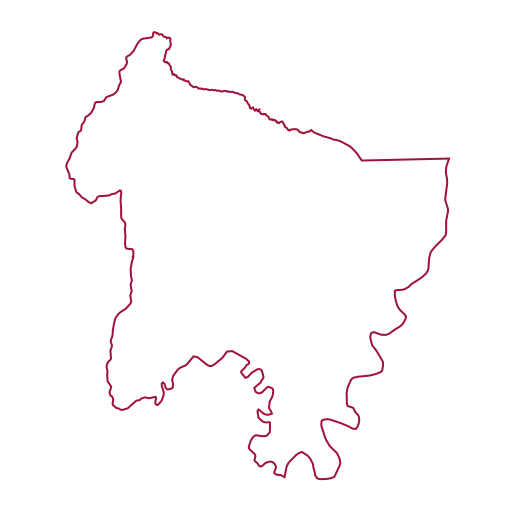 Cartago, Valle del Cauca, Colombia (Natural Earth projection), rotated 181°
{"feature_id": "7082276B65356767722018", "entity_name": "Cartago", "entity_type": "district", "adm_level": 2, "iso_a3": "COL", "parent_name": "Colombia", "parent_adm1": "Valle del Cauca", "projection": "natural_earth1", "projection_center": [-75.902, 4.71], "detail": "fine", "context": "isolated", "style": "outline", "palette": "rose", "viewbox_px": 512, "rotation_deg": 181, "n_neighbors": 0, "source": "geoboundaries", "source_scale": "gbopen_adm2", "svg_char_len": 6056}
<svg xmlns="http://www.w3.org/2000/svg" viewBox="0 0 512 512"><g transform="rotate(181 256 256)"><path d="M437.4,370.5L436.6,368.0L436.4,366.7L437.0,362.4L438.4,360.2L442.2,356.1L444.0,350.4L446.4,346.0L447.3,342.6L446.9,340.9L444.0,334.4L443.8,330.8L442.8,330.0L439.9,329.8L438.8,329.1L438.6,322.7L436.9,317.1L435.7,315.8L434.3,315.1L431.0,311.5L427.3,309.5L424.4,307.1L421.7,305.8L417.3,308.7L415.4,312.3L413.8,313.1L406.7,313.6L403.4,314.2L400.9,315.5L398.1,315.9L393.2,319.2L392.1,318.7L391.8,316.6L392.3,312.2L392.3,307.5L391.7,301.7L391.5,292.7L391.0,290.9L387.7,287.2L387.3,286.0L387.2,283.5L387.6,281.0L386.9,273.3L387.2,265.9L386.7,263.0L385.9,261.4L384.7,261.0L380.1,260.7L378.9,259.4L378.6,257.7L378.7,254.9L379.2,253.0L378.6,252.8L380.0,248.2L381.1,240.5L380.6,233.5L379.6,229.5L380.9,225.3L379.7,218.6L381.0,214.3L380.0,208.5L380.5,206.5L385.1,201.1L390.4,197.6L392.6,195.6L395.5,191.4L396.7,186.4L397.9,178.9L398.0,174.4L399.8,168.7L399.7,167.6L398.6,164.7L398.5,163.3L399.9,158.8L399.2,151.4L399.6,149.9L401.7,147.8L403.2,145.2L403.4,141.8L402.5,138.6L402.7,133.8L402.2,128.2L398.5,122.9L399.0,120.3L399.9,118.5L400.0,116.3L399.0,113.9L397.4,113.0L396.8,111.6L396.3,109.9L396.8,105.5L396.3,104.3L392.8,101.5L390.6,101.2L388.8,100.0L387.2,99.7L381.7,101.4L373.7,108.8L371.7,109.7L370.0,109.7L368.1,111.5L364.6,112.7L360.5,111.9L354.0,113.4L353.4,112.1L354.1,108.8L354.1,106.9L352.9,105.4L351.4,105.5L348.1,109.3L346.8,112.3L345.8,116.3L346.0,119.0L347.9,124.0L348.0,127.0L346.7,127.9L345.4,126.8L343.9,122.3L342.5,121.1L340.3,121.3L337.4,122.4L337.0,123.1L336.7,126.5L337.7,131.0L336.6,134.8L332.3,141.0L330.1,142.8L323.8,145.8L316.6,154.6L312.7,153.8L303.4,146.6L300.6,145.2L298.7,145.2L295.7,146.9L287.8,153.6L283.4,159.9L278.1,160.5L264.0,153.0L261.2,150.4L261.0,149.1L261.4,148.0L263.5,146.7L265.3,143.9L268.7,140.6L268.8,139.2L264.5,134.0L262.2,134.8L258.6,138.9L253.2,142.5L251.7,143.0L250.3,142.9L248.9,142.3L248.1,141.2L246.4,135.4L246.5,134.4L249.4,129.4L255.4,124.1L254.0,120.2L251.8,118.9L249.4,118.8L247.1,120.3L242.5,125.0L241.4,125.4L237.8,124.3L236.6,122.7L236.4,121.5L236.7,117.7L237.5,115.1L239.7,110.9L240.3,105.8L240.2,104.0L238.0,100.4L237.4,98.6L240.7,97.5L242.7,97.5L245.4,98.3L250.8,102.6L251.8,101.1L250.8,94.7L250.1,93.8L247.1,91.1L245.3,90.1L242.5,89.7L240.0,90.2L239.1,89.5L239.0,82.4L239.3,79.9L239.9,79.0L241.7,76.9L243.1,76.1L247.2,76.0L252.8,76.8L254.2,76.2L255.9,74.7L257.9,71.5L259.6,66.1L259.9,63.9L258.7,62.3L253.9,58.0L253.3,57.0L253.2,55.2L254.0,51.6L253.2,50.6L251.0,48.9L249.3,46.3L247.9,45.6L246.3,46.1L242.9,49.2L240.2,50.3L238.2,50.7L236.1,50.3L234.2,49.0L232.5,46.2L232.4,44.2L234.0,40.2L234.0,39.3L231.7,37.7L227.1,37.3L223.6,35.4L221.8,45.6L220.3,49.1L218.2,51.7L212.2,57.9L209.1,60.0L206.6,60.8L200.8,57.2L198.3,54.4L195.5,49.2L194.7,44.6L193.5,40.9L193.1,38.0L191.0,34.8L189.1,34.2L186.9,34.0L181.0,34.4L176.8,35.2L174.1,36.5L173.5,37.2L168.9,47.5L168.1,50.6L168.9,54.8L171.4,60.1L178.9,67.2L182.6,73.2L183.6,75.4L187.7,87.3L187.7,91.1L187.3,92.5L186.0,93.4L182.1,94.1L179.5,93.9L168.4,90.4L160.7,87.4L156.4,85.1L153.2,84.8L151.8,86.7L150.5,89.9L149.9,93.3L150.2,96.6L151.1,98.7L153.8,101.4L155.8,105.3L156.6,106.0L161.6,107.6L162.5,109.3L163.0,120.8L162.0,126.4L159.0,133.5L158.0,134.9L156.4,136.0L151.8,137.1L140.0,138.5L133.4,140.3L129.3,142.2L127.9,143.5L127.1,148.3L127.2,151.5L127.7,153.3L133.9,163.3L138.4,169.0L140.4,176.4L139.8,180.6L137.0,182.0L129.1,179.4L124.6,179.4L121.3,180.8L115.5,185.2L111.6,187.5L108.8,189.9L107.7,191.2L105.4,195.7L105.0,198.2L106.0,199.8L111.5,205.0L113.8,208.6L115.3,213.1L116.4,218.2L116.6,223.5L115.6,224.2L108.2,224.9L105.4,226.2L102.7,227.9L99.9,230.8L90.4,237.1L85.6,241.5L83.8,244.7L83.4,246.3L82.8,257.2L81.5,262.5L80.3,264.5L77.1,268.5L70.5,275.3L66.7,280.1L66.3,284.0L66.5,294.3L64.8,304.1L65.0,306.8L67.7,314.9L67.8,316.8L66.1,331.8L66.4,337.0L67.6,342.4L67.6,345.9L67.1,349.2L64.7,356.8L151.9,353.3L157.2,360.7L161.8,365.4L164.2,367.4L172.9,371.9L176.3,373.1L181.5,374.0L183.0,374.9L190.3,376.7L200.4,380.7L203.0,382.9L204.8,381.4L206.3,381.3L210.4,379.6L214.7,380.7L215.1,381.7L215.9,382.1L216.8,383.2L219.7,383.6L223.4,383.0L224.2,382.2L225.7,382.3L227.3,384.3L229.6,385.9L229.5,387.3L230.4,388.0L231.9,390.9L234.0,390.5L235.3,389.3L236.4,389.9L237.0,389.6L237.7,391.0L238.6,391.0L239.0,391.9L239.9,392.4L241.4,392.1L242.4,393.1L243.4,392.5L245.0,393.2L245.9,395.3L248.3,397.0L248.9,398.1L250.8,398.2L251.4,397.7L253.8,398.4L254.4,399.7L255.5,400.7L255.2,402.4L256.2,402.0L256.9,401.0L258.4,402.7L259.6,401.3L261.0,403.0L261.6,404.4L262.9,403.5L264.5,403.7L265.5,407.0L267.1,408.6L267.5,410.2L269.5,411.6L269.9,412.8L269.6,414.4L271.6,416.5L275.5,417.4L276.8,418.3L280.3,418.8L282.1,419.8L284.6,419.5L286.3,420.1L287.5,419.7L288.4,420.4L290.4,420.6L293.1,419.8L296.5,420.8L297.6,420.4L299.6,421.2L301.2,420.9L302.6,421.4L304.8,421.1L309.2,422.0L311.2,421.7L313.7,422.5L315.8,422.3L318.3,423.9L319.4,424.1L321.5,423.7L325.0,426.3L325.7,428.2L327.0,429.7L328.2,429.4L331.0,430.4L331.2,431.2L331.8,431.4L332.4,431.0L335.5,432.2L338.3,433.7L338.6,434.9L339.2,435.4L340.2,435.2L341.2,436.5L342.6,436.0L343.1,437.9L342.9,438.5L344.5,441.3L344.4,443.8L345.7,445.1L346.5,447.1L347.9,447.2L348.2,448.1L348.8,448.5L350.2,448.1L351.7,449.6L350.6,452.6L350.6,454.5L349.6,457.3L349.6,459.1L348.3,460.9L346.6,461.3L344.8,465.6L345.5,469.6L345.2,470.7L345.4,471.4L346.0,472.6L346.5,472.8L347.8,472.8L348.9,472.1L349.3,473.0L352.3,473.9L353.2,475.5L355.1,476.2L356.8,475.6L358.1,477.1L359.3,476.9L359.9,477.7L362.0,478.0L362.7,477.1L362.7,475.2L363.2,473.6L364.3,472.7L372.8,471.3L374.3,470.7L375.6,469.6L378.2,466.3L381.9,459.0L385.5,454.9L387.9,453.6L389.1,452.3L389.3,451.2L388.4,448.2L388.5,446.1L391.2,441.3L395.0,439.2L395.7,438.3L395.7,435.9L394.0,427.7L395.7,424.5L397.4,419.1L399.7,416.3L401.8,414.8L408.5,412.2L410.8,408.3L413.2,407.4L418.4,407.1L419.7,406.0L420.7,401.2L423.3,396.3L425.9,393.8L428.9,391.8L429.9,387.7L432.6,383.8L433.0,378.9L433.7,377.9L435.6,376.8L436.1,375.7L437.4,370.5Z" fill="none" stroke="#9f1239" stroke-width="2"/></g></svg>